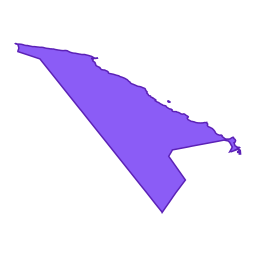 Sveitarfélagið Garður, Suðurnes, Iceland
{"feature_id": "244011B4203273652382", "entity_name": "Sveitarfélagið Garður", "entity_type": "district", "adm_level": 2, "iso_a3": "ISL", "parent_name": "Iceland", "parent_adm1": "Suðurnes", "projection": "equal_earth", "projection_center": [-22.614, 64.036], "detail": "fine", "context": "isolated", "style": "filled", "palette": "violet", "viewbox_px": 256, "rotation_deg": 0, "n_neighbors": 0, "source": "geoboundaries", "source_scale": "gbopen_adm2", "svg_char_len": 5403}
<svg xmlns="http://www.w3.org/2000/svg" viewBox="0 0 256 256"><path d="M229.7,151.8L230.9,151.4L231.3,151.7L235.5,150.2L235.1,150.0L235.3,149.8L235.8,149.8L236.0,149.6L236.6,149.4L237.1,149.4L237.5,149.2L237.8,149.4L239.0,150.5L239.2,151.9L238.1,151.9L238.1,151.7L237.7,151.7L237.7,152.4L238.2,152.4L238.1,152.1L239.2,152.1L239.4,153.5L239.2,153.7L239.2,154.0L239.9,154.1L240.6,154.0L240.3,150.4L238.8,148.9L237.9,148.5L237.5,148.1L238.0,147.8L239.5,147.5L239.4,147.4L239.0,147.3L238.5,147.4L237.1,147.1L236.5,146.6L235.0,145.7L234.6,144.5L234.0,142.7L234.4,142.5L234.8,142.4L235.2,141.8L235.6,140.7L235.5,140.3L235.3,139.9L235.0,139.4L234.3,138.8L233.6,138.3L233.6,137.5L233.4,137.3L232.8,137.3L231.7,137.8L230.0,138.9L229.5,139.0L228.8,139.1L226.2,139.1L225.8,139.0L225.0,138.7L224.0,138.0L223.8,137.7L222.7,136.9L222.4,136.8L222.1,136.5L222.0,136.1L222.1,135.6L221.5,135.2L221.0,135.0L219.8,135.3L219.3,135.1L217.3,134.4L215.7,133.1L215.3,132.6L214.9,131.4L214.4,130.9L213.6,129.8L213.3,129.6L212.4,128.6L211.6,128.2L210.3,127.5L208.2,126.6L207.4,125.6L207.4,125.2L207.6,124.8L207.6,123.9L207.1,123.6L207.0,123.3L206.8,122.4L206.1,122.5L205.5,122.6L204.6,122.5L202.9,122.9L200.5,123.0L197.9,122.9L195.7,122.5L194.6,122.0L192.6,121.5L191.1,121.3L189.2,120.2L188.1,119.7L187.9,119.5L187.8,119.2L187.2,118.1L188.2,117.1L188.3,116.9L188.2,116.6L187.3,116.0L186.2,115.4L185.0,114.5L184.6,114.1L183.9,114.0L183.2,113.9L182.8,114.1L182.4,114.2L181.9,114.1L181.2,113.9L180.5,113.6L180.3,113.4L180.1,113.2L179.6,113.0L178.9,112.6L178.3,112.4L177.8,112.2L177.4,112.2L177.0,112.1L176.8,112.0L176.6,111.8L176.2,111.6L175.7,111.6L174.2,111.6L173.3,111.5L172.9,111.4L172.4,111.1L172.2,110.8L172.0,110.6L171.9,110.2L172.1,110.1L172.1,109.8L171.6,109.6L171.3,109.3L171.0,109.1L170.7,109.0L170.0,109.0L169.5,108.9L168.8,108.5L168.0,108.0L166.9,107.3L166.3,106.7L166.1,106.2L165.7,105.9L165.2,105.7L164.4,105.6L164.0,105.4L163.5,105.4L162.9,105.2L162.4,104.9L162.2,104.6L161.5,104.4L160.9,104.0L160.1,103.6L158.9,102.7L158.4,102.4L157.7,102.2L156.8,101.8L156.3,101.3L155.4,100.9L155.1,100.7L155.2,100.3L155.7,99.9L155.5,99.7L154.9,99.3L154.1,98.8L153.9,98.6L153.5,98.4L153.0,98.3L152.9,97.9L152.8,97.7L152.3,97.6L151.9,97.4L151.2,97.3L150.9,97.0L150.8,96.6L150.7,96.4L150.6,96.2L150.3,95.9L149.6,95.8L149.1,95.7L148.7,95.4L148.4,95.1L148.2,94.5L148.0,94.2L147.8,94.0L147.6,93.8L147.1,93.5L147.0,93.4L146.8,92.8L147.2,92.0L147.0,91.8L146.7,91.4L146.2,91.0L146.0,90.5L145.5,90.0L145.5,89.8L145.5,89.5L145.4,89.2L145.0,88.6L144.7,88.4L143.2,87.8L142.4,87.6L141.9,87.2L141.3,87.0L140.4,86.7L139.5,86.5L138.4,86.4L137.6,86.2L136.9,85.9L135.8,85.4L134.9,85.0L133.9,84.6L133.3,84.3L132.3,84.0L131.2,83.5L130.3,82.8L130.2,82.5L130.1,82.2L129.5,81.8L129.0,81.5L128.0,80.5L127.5,80.0L126.9,79.5L125.9,79.0L125.3,78.6L124.3,78.1L123.3,77.7L122.3,77.3L121.4,77.0L120.1,76.6L119.5,76.3L119.0,75.9L118.5,75.7L117.2,75.4L116.0,75.1L114.2,74.5L113.1,74.2L111.6,73.9L110.6,73.7L109.7,73.5L108.7,73.2L108.3,72.8L108.3,72.3L108.3,72.1L107.9,71.7L107.6,71.5L107.3,71.2L106.6,70.9L105.8,70.6L105.3,70.4L105.1,70.2L104.9,70.1L104.7,70.0L104.4,70.0L103.5,70.0L102.8,69.8L102.2,69.8L101.9,69.7L101.4,69.5L101.0,69.2L100.6,68.7L100.2,68.4L100.1,68.2L100.1,67.9L100.0,67.6L99.5,67.3L98.7,67.0L97.4,66.3L96.9,66.1L96.3,65.8L95.9,65.4L95.8,65.2L95.8,64.8L95.7,64.4L95.7,64.2L95.3,63.9L95.2,63.7L95.1,63.3L95.1,63.1L95.1,62.7L94.8,62.4L94.7,62.2L94.3,62.0L94.2,61.9L94.0,61.7L93.5,61.5L93.2,61.4L93.1,61.2L92.9,60.9L92.8,60.6L92.7,60.4L92.8,60.2L93.1,60.0L93.2,59.9L93.1,59.7L92.9,59.5L92.6,59.3L92.3,59.1L92.0,58.9L91.7,58.7L91.7,58.4L91.9,58.2L92.1,58.1L92.5,58.1L95.0,58.5L97.4,58.2L97.3,57.9L95.2,58.2L94.0,57.8L92.8,57.1L92.3,56.8L91.8,56.5L91.4,56.3L90.6,56.1L89.7,55.8L88.7,55.5L87.5,55.2L86.6,55.0L85.8,54.8L85.1,54.6L84.7,54.5L84.3,54.5L83.7,54.5L82.5,54.5L81.7,54.5L80.9,54.3L79.0,54.0L77.1,53.6L76.1,53.4L75.6,53.3L75.2,53.2L74.6,53.2L73.6,53.1L72.9,53.0L72.5,52.9L71.6,52.7L70.8,52.4L69.8,52.1L69.1,51.7L68.6,51.5L68.1,51.2L67.7,51.0L67.4,50.8L67.0,50.7L66.4,50.6L66.0,50.5L65.2,50.5L64.6,50.5L63.7,50.6L62.8,50.6L61.6,50.5L60.6,50.4L59.6,50.2L58.7,50.1L57.5,49.9L56.9,49.8L56.0,49.6L55.3,49.5L54.5,49.3L53.9,49.1L53.4,49.0L53.0,49.0L52.2,49.0L51.6,48.9L50.9,48.9L50.0,48.8L49.2,48.6L48.3,48.5L47.4,48.4L46.5,48.3L45.5,48.1L44.7,47.9L44.0,47.7L43.0,47.4L41.8,47.3L41.2,47.3L40.2,47.3L39.3,47.2L38.7,47.1L37.5,47.0L36.7,46.9L35.3,46.7L34.5,46.6L33.9,46.6L33.2,46.6L32.5,46.6L32.1,46.5L30.2,46.1L28.7,45.8L27.5,45.5L26.5,45.5L25.5,45.4L24.6,45.2L23.9,45.0L23.4,44.8L23.0,44.7L22.6,44.6L22.0,44.4L21.3,44.3L20.5,44.2L19.4,44.1L18.7,44.1L17.6,44.1L17.2,44.0L16.9,43.9L16.5,43.7L16.2,43.6L15.9,43.6L15.6,43.5L15.4,43.6L15.6,43.8L16.2,44.0L16.6,44.1L17.3,44.3L17.8,44.6L18.1,45.1L18.5,46.8L18.7,47.3L18.8,48.0L18.7,48.6L18.4,49.7L18.1,50.2L17.9,51.6L29.4,55.4L39.9,58.9L54.3,76.9L80.2,109.4L81.1,110.4L85.9,116.5L99.2,133.2L104.9,140.3L140.4,184.9L146.6,192.6L155.7,204.2L161.8,211.8L162.1,212.5L165.7,207.3L169.7,201.6L173.3,196.3L174.8,194.2L175.6,193.0L185.4,180.0L168.7,156.3L170.8,152.8L172.4,150.0L172.4,149.9L188.3,146.9L192.0,146.1L217.8,141.3L224.0,140.1L228.2,141.0L229.5,142.2L230.3,143.4L231.1,145.0L232.2,146.9L231.9,147.8L231.1,149.3L229.7,151.8ZM170.0,102.1L170.0,101.9L169.7,101.8L168.6,100.9L168.1,100.9L167.8,101.1L167.9,101.6L168.6,102.1L169.1,102.3L170.0,102.1Z" fill="#8b5cf6" stroke="#5b21b6" stroke-width="1.5"/></svg>